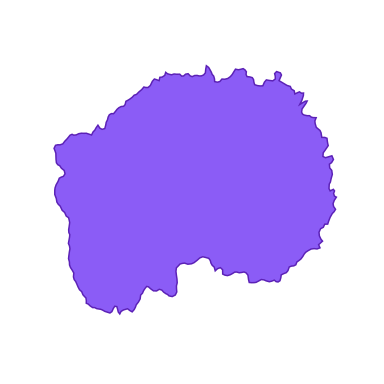 Resplendor, Minas Gerais, Brazil, rotated 12°
{"feature_id": "56859067B25891370030670", "entity_name": "Resplendor", "entity_type": "district", "adm_level": 2, "iso_a3": "BRA", "parent_name": "Brazil", "parent_adm1": "Minas Gerais", "projection": "equal_earth", "projection_center": [-41.153, -19.218], "detail": "fine", "context": "isolated", "style": "filled", "palette": "violet", "viewbox_px": 384, "rotation_deg": 12, "n_neighbors": 0, "source": "geoboundaries", "source_scale": "gbopen_adm2", "svg_char_len": 4452}
<svg xmlns="http://www.w3.org/2000/svg" viewBox="0 0 384 384"><g transform="rotate(12 192 192)"><path d="M68.8,236.9L71.7,238.5L74.0,241.7L76.6,242.8L77.6,244.8L78.7,247.3L79.0,251.0L79.2,254.6L80.0,257.3L81.3,259.1L81.6,261.5L81.7,264.7L81.8,268.0L83.3,270.1L84.4,272.9L84.5,276.0L84.8,280.0L85.1,282.9L86.6,285.8L87.4,288.9L88.9,291.2L91.1,293.4L93.2,295.8L93.7,299.7L95.0,302.2L96.8,303.7L98.3,305.7L100.4,308.7L102.3,311.0L104.8,312.4L106.7,315.2L108.6,316.6L110.3,317.7L111.2,320.2L111.7,322.8L113.8,323.2L116.1,324.6L118.8,325.7L121.0,325.3L123.0,325.9L125.1,325.8L127.0,325.7L128.8,326.0L131.6,326.9L134.6,327.2L136.9,327.4L138.5,325.7L139.3,322.2L140.2,319.8L142.3,319.7L143.7,322.3L144.8,324.7L146.7,326.3L147.4,323.6L149.5,321.6L151.2,320.7L153.2,319.6L155.9,320.9L158.4,321.7L159.9,319.0L160.6,316.5L160.9,314.0L162.5,310.7L163.5,307.4L163.2,303.5L164.6,301.3L165.1,298.7L166.1,296.1L167.3,293.8L169.1,293.8L171.9,295.4L174.9,296.7L178.0,296.1L180.2,294.0L182.8,294.2L185.2,295.9L187.6,296.9L189.4,297.3L191.1,298.4L194.4,298.4L197.1,296.2L197.9,292.9L197.0,290.0L196.3,287.1L196.4,283.9L195.4,280.3L194.1,276.8L192.8,273.0L192.5,269.4L193.8,267.4L195.3,264.9L197.5,263.8L199.5,263.1L202.9,263.5L206.5,262.3L208.7,260.7L211.0,258.0L213.3,254.9L216.0,253.1L219.1,253.2L222.2,253.4L224.1,255.2L225.4,257.7L227.0,259.5L229.4,260.9L231.1,264.3L232.9,261.7L235.5,260.1L238.1,261.7L239.1,265.9L241.5,266.5L244.1,266.4L246.6,265.0L248.7,263.2L250.4,261.5L252.4,261.0L255.0,261.2L257.3,260.4L259.5,259.4L261.6,259.8L264.0,261.7L265.5,265.9L266.8,268.6L269.3,268.3L271.7,267.7L273.4,267.1L275.7,265.2L278.0,263.2L280.8,263.0L282.9,263.5L286.3,263.7L288.6,262.6L290.8,261.1L292.9,262.2L294.9,262.1L296.5,260.5L296.7,257.4L296.5,254.5L298.8,252.7L301.0,251.3L302.2,249.0L302.7,245.1L304.7,243.8L306.9,243.1L308.7,241.6L309.1,238.7L310.8,236.9L312.5,234.8L313.8,232.0L314.6,229.5L315.7,227.4L317.6,225.4L320.4,223.0L323.2,222.0L326.2,221.7L328.8,220.0L326.8,217.2L329.9,212.9L327.9,211.3L325.7,208.4L324.6,205.0L325.4,201.2L327.8,199.2L328.5,195.9L331.4,195.2L331.7,192.3L332.4,188.0L333.7,183.9L335.1,181.7L336.0,179.1L333.5,176.7L332.4,174.1L332.9,170.6L334.3,167.0L332.2,166.4L330.8,164.0L331.2,161.3L329.7,160.0L326.9,162.2L325.3,160.2L324.6,155.7L325.3,153.5L325.3,150.3L325.6,145.6L324.2,141.8L321.7,139.8L320.6,136.2L322.4,134.3L323.6,130.8L321.3,127.5L315.4,130.7L312.7,130.0L312.2,126.4L313.4,123.7L315.6,118.3L314.6,116.2L313.7,113.9L312.9,111.4L310.6,111.0L307.6,111.6L305.9,107.2L304.4,105.2L300.1,102.9L298.2,99.4L297.4,96.9L298.0,93.5L295.1,94.0L293.2,94.0L291.1,92.9L288.8,93.4L285.7,93.4L283.9,92.8L282.6,91.1L282.4,87.9L285.1,81.5L285.7,79.1L283.9,79.6L279.2,84.0L280.4,79.6L280.9,74.5L280.5,72.0L278.6,72.6L276.3,71.7L274.7,72.8L272.2,74.7L270.9,71.7L267.8,70.6L266.2,68.3L262.8,68.0L254.0,65.0L255.2,59.0L253.7,57.1L249.7,56.6L248.2,59.0L249.3,61.3L250.0,64.1L247.9,66.5L244.2,66.8L241.4,66.9L240.0,69.5L239.2,73.4L236.6,74.1L233.8,74.3L231.0,74.0L229.7,71.7L228.8,69.2L227.2,67.6L224.7,67.4L221.8,67.7L220.4,65.7L220.2,63.1L218.4,61.5L216.4,60.7L214.2,61.8L211.9,62.8L209.0,62.8L207.9,65.8L206.9,68.7L205.5,71.2L203.4,73.5L200.6,74.9L197.8,75.3L196.3,78.1L194.1,79.3L191.2,79.3L190.5,76.7L189.1,74.1L187.3,72.8L186.0,70.8L184.3,68.8L182.4,66.7L179.8,65.5L179.9,69.1L180.3,72.7L179.0,75.1L177.0,76.5L174.8,77.0L172.8,76.9L170.4,77.5L168.2,79.1L166.1,78.8L163.6,77.1L161.2,78.1L159.7,80.2L157.8,80.8L155.5,79.3L152.6,80.0L149.9,80.3L147.6,81.6L145.4,81.6L143.3,81.4L141.4,80.4L141.1,83.6L138.9,85.8L136.7,86.5L136.7,89.9L134.0,89.5L131.7,89.3L130.2,92.0L129.1,96.5L127.3,98.9L125.1,99.4L123.1,99.3L121.5,102.3L119.3,105.1L117.4,108.1L115.3,109.3L113.8,111.8L111.7,114.2L110.1,115.7L108.5,117.0L108.4,120.4L107.3,122.4L105.0,123.1L103.0,124.7L101.5,126.7L100.3,129.2L99.0,131.7L96.8,132.1L95.1,133.6L94.4,136.1L94.3,139.1L93.6,141.6L93.7,144.5L93.5,148.1L91.0,149.4L88.6,148.7L86.1,146.2L84.8,149.2L84.1,151.6L82.7,153.9L81.9,157.1L79.0,156.8L76.4,156.5L74.0,157.1L71.6,157.5L69.1,158.5L66.9,160.2L64.5,161.0L62.7,160.5L60.9,161.8L59.9,163.8L58.7,166.1L57.1,168.6L55.6,171.8L53.1,173.3L50.9,173.7L48.8,174.7L48.0,178.0L49.5,180.3L50.8,182.5L51.5,185.4L52.3,188.6L53.3,191.6L55.0,193.2L57.2,193.8L59.3,195.9L62.5,197.5L64.0,200.6L63.0,203.4L60.9,204.7L59.3,206.1L58.8,209.4L57.6,213.2L57.2,216.4L57.4,218.8L58.3,223.0L60.6,226.6L61.9,229.9L63.7,231.8L66.0,233.2L68.8,236.9Z" fill="#8b5cf6" stroke="#5b21b6" stroke-width="1.5"/></g></svg>